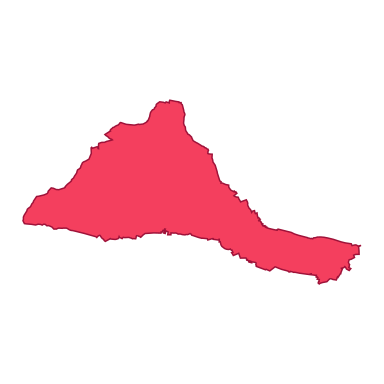 the district of Carta, Harghita, Romania
{"feature_id": "2599482B48066587484568", "entity_name": "Carta", "entity_type": "district", "adm_level": 2, "iso_a3": "ROU", "parent_name": "Romania", "parent_adm1": "Harghita", "projection": "equal_earth", "projection_center": [25.713, 46.564], "detail": "fine", "context": "isolated", "style": "filled", "palette": "rose", "viewbox_px": 384, "rotation_deg": 0, "n_neighbors": 0, "source": "geoboundaries", "source_scale": "gbopen_adm2", "svg_char_len": 6027}
<svg xmlns="http://www.w3.org/2000/svg" viewBox="0 0 384 384"><path d="M322.7,282.5L326.9,281.7L329.1,279.4L330.0,278.8L331.2,278.8L333.0,279.5L336.3,280.0L337.5,276.9L338.0,277.4L340.6,273.4L340.8,273.5L341.1,272.2L342.4,268.9L341.5,268.5L341.4,268.3L343.9,267.6L344.8,266.6L345.8,267.7L346.4,269.0L349.2,270.5L350.8,268.6L348.8,267.5L348.9,267.0L349.3,266.4L349.3,265.3L349.6,264.6L349.0,263.9L348.4,262.2L349.2,259.7L351.1,259.3L354.5,257.5L353.6,255.2L355.7,254.4L359.1,254.3L359.0,250.7L358.6,246.5L359.8,246.1L361.0,245.4L358.5,246.0L357.8,245.9L357.0,245.4L355.9,244.9L354.5,245.0L352.0,245.6L351.3,243.8L345.3,242.9L341.2,241.9L333.2,239.3L327.8,238.0L324.1,237.3L320.7,237.0L317.3,237.1L315.4,237.7L313.4,237.9L312.9,238.7L312.0,238.7L311.3,238.4L310.4,238.6L309.3,238.2L307.5,237.8L307.4,237.6L298.5,235.3L294.5,234.0L291.2,232.4L278.0,229.1L277.4,230.1L276.7,229.9L276.6,230.2L272.0,229.2L268.3,228.3L268.3,228.2L266.6,227.7L266.8,227.3L265.7,227.2L265.9,226.4L265.4,226.2L265.3,226.5L265.1,226.5L265.1,226.3L264.7,226.3L264.8,225.7L264.4,225.7L264.4,226.2L262.9,225.9L262.5,225.2L262.8,225.2L262.6,224.6L262.3,224.6L262.3,224.4L262.8,224.3L262.8,223.8L261.0,223.8L261.9,223.4L260.8,222.0L261.0,221.9L259.6,220.4L258.9,220.8L258.7,220.4L259.6,219.9L259.4,219.7L260.1,219.2L259.7,218.9L258.7,217.6L258.0,217.9L257.5,216.3L257.0,212.9L255.4,213.6L254.9,212.4L254.5,210.6L252.4,211.2L251.7,212.4L250.7,209.9L249.6,208.6L249.2,208.4L247.8,205.5L247.6,204.1L247.8,203.4L247.4,201.9L246.3,199.8L240.6,201.9L240.0,200.7L238.9,199.0L238.3,197.3L237.8,197.0L237.0,197.3L236.3,196.9L235.1,196.6L233.9,195.8L236.9,193.3L235.9,191.9L235.4,192.3L234.4,191.2L234.2,191.6L233.8,191.3L233.6,191.6L230.8,190.1L228.8,187.3L228.7,185.1L225.6,184.5L222.5,183.1L220.9,183.0L221.1,181.7L219.8,180.9L217.4,173.3L217.1,171.6L215.2,165.3L213.0,162.0L212.6,159.6L212.0,157.9L212.2,154.2L209.4,154.0L208.1,153.7L207.8,153.4L208.0,152.9L207.8,152.0L208.5,150.3L208.1,149.8L208.1,149.3L207.3,149.1L206.0,148.0L204.5,147.5L204.2,146.9L203.3,146.4L201.5,145.9L201.2,145.5L197.2,143.0L196.6,142.8L193.4,140.9L192.8,140.2L192.5,139.2L192.0,138.5L191.6,137.1L189.4,134.9L187.7,134.0L187.6,133.5L186.0,131.0L185.6,130.1L185.3,127.0L184.3,125.6L183.7,123.8L183.6,122.7L184.0,118.8L183.9,117.8L184.1,117.5L184.1,116.9L184.8,115.1L184.9,114.2L184.4,112.8L183.9,111.8L183.7,110.2L182.3,104.8L181.1,103.6L181.1,102.6L179.1,102.6L179.0,101.9L175.7,101.4L169.8,100.2L169.3,101.3L169.3,102.9L166.1,101.9L165.2,102.9L163.5,102.3L159.7,101.8L157.3,103.5L156.5,104.2L156.1,105.0L156.0,106.4L154.5,107.9L154.5,108.4L153.8,109.4L152.5,109.8L151.1,111.6L150.5,112.6L149.9,115.1L149.7,116.5L148.3,120.0L147.2,121.1L147.4,121.3L146.4,122.2L143.2,124.0L139.1,124.5L138.8,124.2L138.3,124.2L135.2,125.0L134.1,125.1L126.1,124.3L120.7,122.5L120.0,122.8L119.3,123.9L118.0,125.1L116.8,125.5L115.2,126.3L114.3,127.1L112.9,127.5L112.0,128.5L111.2,129.0L110.3,130.1L110.2,130.3L110.5,131.1L109.6,131.5L104.9,134.5L105.9,135.5L107.7,136.6L109.4,138.4L111.9,139.4L112.4,139.9L111.2,140.3L106.6,141.4L104.6,142.3L101.5,142.4L98.8,143.4L98.6,144.1L98.4,147.0L98.6,148.7L98.1,148.6L97.7,147.3L97.4,146.8L96.9,146.8L92.3,148.3L92.3,148.0L91.7,147.3L91.1,147.9L91.3,153.4L89.0,159.1L85.6,161.1L83.8,161.8L82.6,162.6L82.1,163.4L81.8,164.4L81.1,165.5L80.6,167.3L80.1,168.3L79.7,168.4L79.2,168.9L77.6,169.9L77.0,171.4L77.0,171.7L76.6,173.1L74.5,176.1L73.5,178.1L72.5,178.8L71.7,179.6L71.4,180.1L71.6,180.4L71.1,181.3L67.4,184.3L65.7,186.1L65.0,187.0L65.1,187.4L64.4,187.9L58.8,189.7L56.1,189.5L53.5,188.3L51.2,187.9L48.1,191.3L48.0,192.5L47.1,193.6L44.1,194.9L38.8,196.2L36.6,196.5L33.4,201.3L33.3,202.3L31.9,203.8L30.5,206.7L28.1,208.5L27.3,209.3L26.8,211.0L24.2,215.2L23.4,217.1L23.4,219.6L23.0,220.3L23.1,221.0L24.4,223.6L26.3,223.9L31.4,224.3L35.6,225.0L38.1,224.2L40.6,224.4L42.2,225.1L43.4,224.3L45.1,224.3L46.9,225.8L48.4,225.6L49.2,225.8L51.9,227.0L53.9,229.1L55.8,229.0L56.3,229.1L57.9,228.3L58.8,228.1L62.3,228.3L63.2,228.1L66.4,228.1L67.3,228.5L69.4,229.8L71.0,230.4L72.9,230.6L84.2,233.4L95.9,236.7L96.8,237.5L97.6,236.5L98.6,235.7L99.8,235.3L100.2,235.6L101.5,237.6L102.3,238.5L103.4,239.2L103.7,239.5L104.2,240.5L105.3,241.4L109.4,239.2L110.2,238.6L110.5,239.0L114.6,239.4L115.7,239.4L118.1,238.7L118.8,237.7L119.1,236.7L119.5,237.5L120.1,237.8L120.9,237.9L122.1,238.6L123.2,237.3L124.7,237.6L128.9,237.4L130.3,237.9L131.2,238.1L132.5,238.8L133.4,238.6L135.7,238.8L136.1,237.5L136.2,236.4L136.6,235.7L138.2,235.9L138.8,236.3L140.0,236.5L140.3,237.1L140.7,237.3L142.9,235.2L143.0,235.0L145.1,233.5L153.8,232.9L161.0,233.1L161.1,232.0L162.0,232.2L162.9,230.5L163.7,230.9L164.6,229.0L165.3,229.1L163.6,233.0L165.2,233.5L166.0,231.0L166.5,231.1L168.2,232.0L167.7,234.8L170.9,234.8L171.0,232.9L173.8,233.1L175.8,233.0L177.0,233.4L178.1,234.1L180.2,234.0L182.3,234.6L185.1,234.9L185.4,234.7L186.2,234.5L187.5,234.6L188.5,234.3L190.0,233.5L190.3,233.6L190.8,234.1L191.2,234.2L191.7,235.2L192.8,235.5L198.4,237.4L201.8,238.3L202.4,238.2L207.4,238.7L207.8,240.0L212.4,238.6L213.1,238.6L213.1,239.3L218.9,240.1L219.0,239.3L219.3,239.3L219.2,241.9L220.2,241.7L221.0,244.9L221.9,246.4L224.6,248.5L226.4,249.2L228.4,249.5L229.7,249.3L230.3,249.0L231.4,250.3L231.7,250.4L232.0,250.2L232.9,252.3L231.6,252.7L232.7,254.3L233.3,255.5L238.7,253.3L240.4,258.1L246.0,258.0L246.6,259.5L247.2,259.5L246.9,260.2L250.4,261.1L250.2,261.4L248.9,261.1L248.8,261.4L250.1,261.7L249.5,262.2L251.8,262.8L252.0,261.8L255.2,262.4L255.9,262.7L256.1,263.5L255.8,264.9L256.5,265.6L256.3,266.4L265.5,269.8L266.1,269.3L269.8,270.9L275.1,266.8L281.4,269.3L287.4,270.9L288.3,271.3L288.8,271.9L289.2,272.0L290.1,271.9L290.3,271.4L292.6,271.9L293.3,272.3L295.1,272.3L299.6,273.2L309.9,274.6L310.2,273.9L311.2,273.8L311.0,274.7L315.4,275.3L316.4,275.3L316.1,277.0L317.5,277.5L317.6,277.2L317.9,277.5L317.2,279.2L319.3,279.5L319.0,280.8L319.1,281.4L318.6,281.5L318.6,282.0L318.2,282.7L318.3,283.3L318.5,283.6L319.4,283.6L319.5,283.8L320.1,283.3L322.7,282.5Z" fill="#f43f5e" stroke="#9f1239" stroke-width="1.5"/></svg>